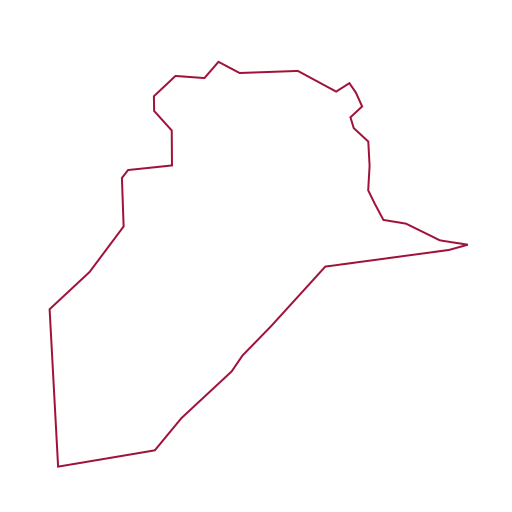 Ayérou, Tillabéri, Niger, rotated 176°
{"feature_id": "23599985B66518443893936", "entity_name": "Ayérou", "entity_type": "district", "adm_level": 2, "iso_a3": "NER", "parent_name": "Niger", "parent_adm1": "Tillabéri", "projection": "robinson", "projection_center": [1.048, 14.94], "detail": "fine", "context": "isolated", "style": "outline", "palette": "rose", "viewbox_px": 512, "rotation_deg": 176, "n_neighbors": 0, "source": "geoboundaries", "source_scale": "gbopen_adm2", "svg_char_len": 615}
<svg xmlns="http://www.w3.org/2000/svg" viewBox="0 0 512 512"><g transform="rotate(176 256 256)"><path d="M150.8,421.9L164.6,414.4L201.3,437.7L259.6,439.7L279.9,452.3L295.0,437.1L323.8,441.2L346.7,422.5L347.5,407.8L331.3,387.1L333.5,352.2L377.6,350.7L384.3,343.2L386.0,294.7L423.1,251.7L465.6,217.3L468.1,59.7L370.5,69.2L341.7,99.5L288.3,142.6L276.4,157.7L245.9,184.9L187.6,240.6L63.0,248.6L43.9,252.5L67.8,257.9L71.7,258.9L104.1,277.8L126.4,283.1L133.9,299.9L139.5,313.7L136.4,338.0L136.0,362.3L149.6,376.8L152.1,387.8L139.7,397.8L145.0,412.1L150.8,421.9Z" fill="none" stroke="#9f1239" stroke-width="2"/></g></svg>